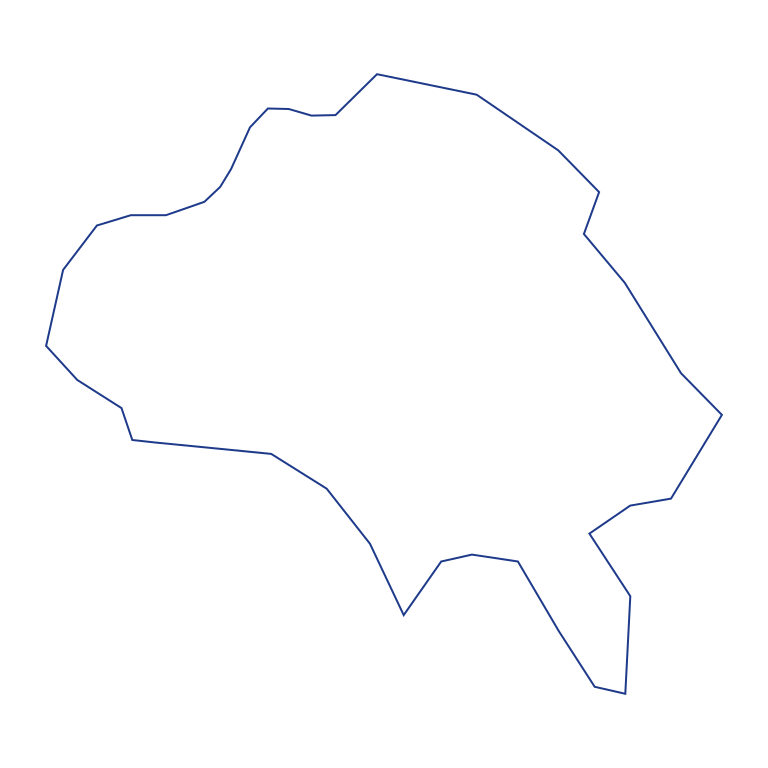 the District of Zubin Potok
{"feature_id": "KOS-5897", "entity_name": "Zubin Potok", "entity_type": "District", "adm_level": 1, "iso_a3": "XKX", "parent_name": "Kosovo", "parent_adm1": "", "projection": "albers", "projection_center": [20.618, 42.908], "detail": "fine", "context": "isolated", "style": "outline", "palette": "blue", "viewbox_px": 768, "rotation_deg": 0, "n_neighbors": 0, "source": "natural_earth", "source_scale": "10m", "svg_char_len": 601}
<svg xmlns="http://www.w3.org/2000/svg" viewBox="0 0 768 768"><path d="M311.5,115.6L335.5,115.1L377.0,74.2L476.7,94.7L558.3,150.4L599.1,192.1L583.9,234.0L624.7,282.7L681.0,373.2L721.9,414.9L671.0,498.6L630.2,505.6L589.4,533.6L630.3,596.2L625.3,693.8L594.7,686.8L558.8,631.1L517.9,561.5L471.9,554.6L441.2,561.5L403.7,615.1L370.0,543.8L326.7,488.7L271.2,453.9L155.2,442.5L132.3,440.0L121.5,408.1L77.3,380.0L46.1,345.9L63.1,269.9L96.9,225.5L130.8,215.2L165.9,215.2L204.4,201.8L220.2,186.9L231.1,169.0L250.0,127.3L267.9,108.5L288.7,109.0L311.5,115.6Z" fill="none" stroke="#1e3a8a" stroke-width="2"/></svg>